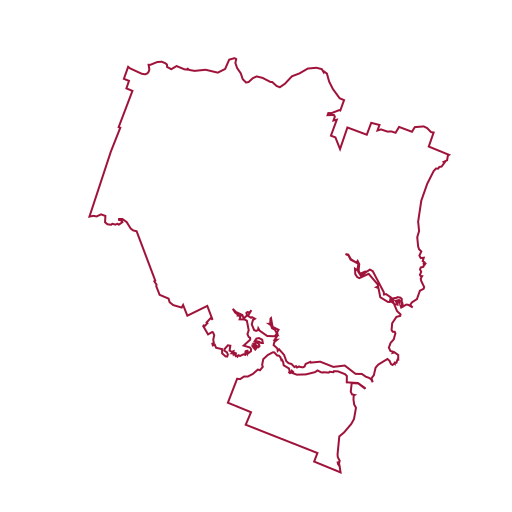 outline of Devonport, Tasmania, Australia, rotated 101°
{"feature_id": "25037944B44278737612916", "entity_name": "Devonport", "entity_type": "district", "adm_level": 2, "iso_a3": "AUS", "parent_name": "Australia", "parent_adm1": "Tasmania", "projection": "robinson", "projection_center": [146.333, -41.213], "detail": "fine", "context": "isolated", "style": "outline", "palette": "rose", "viewbox_px": 512, "rotation_deg": 101, "n_neighbors": 0, "source": "geoboundaries", "source_scale": "gbopen_adm2", "svg_char_len": 6065}
<svg xmlns="http://www.w3.org/2000/svg" viewBox="0 0 512 512"><g transform="rotate(101 256 256)"><path d="M86.2,199.3L85.2,204.0L77.4,212.4L70.8,217.5L63.4,221.2L62.0,224.2L62.9,224.5L60.0,227.1L59.7,232.6L62.1,240.9L68.5,248.2L72.7,255.0L81.4,260.5L85.8,264.8L85.2,268.2L82.1,273.3L82.4,275.0L79.9,283.6L79.6,289.6L82.0,293.0L86.7,296.5L87.6,298.9L84.9,302.8L79.6,305.8L75.1,310.4L70.4,313.1L66.5,313.0L65.9,314.8L68.4,319.8L78.3,322.0L83.3,328.5L82.8,341.0L86.0,351.6L86.1,356.9L85.2,358.8L85.9,359.4L86.1,358.0L86.4,362.0L84.7,370.2L88.8,374.8L87.4,379.3L85.0,380.0L84.0,382.0L83.3,385.7L84.4,389.9L88.5,396.2L88.8,397.9L93.1,396.3L95.5,396.5L97.5,397.5L98.8,399.5L98.9,403.0L95.8,415.6L94.7,417.6L107.3,419.5L108.3,414.1L116.2,415.2L117.5,408.8L155.7,415.4L156.0,413.7L181.2,418.4L249.1,427.0L247.6,423.3L247.6,420.1L244.7,416.0L245.4,411.5L251.7,410.6L253.2,407.9L253.0,404.2L251.8,403.2L252.0,400.0L250.8,398.1L251.4,396.6L248.3,393.6L247.0,394.5L246.7,397.4L245.8,397.5L245.2,394.2L247.3,389.5L252.9,384.3L254.3,381.6L254.5,377.9L299.4,350.2L300.2,351.0L303.1,348.2L304.8,348.1L312.5,343.2L314.5,333.7L317.8,332.0L320.0,327.9L320.8,319.1L318.0,318.2L327.7,312.0L314.3,294.3L326.9,286.5L325.4,288.5L330.6,291.8L331.2,290.9L334.9,293.2L334.2,294.0L334.9,294.4L342.1,288.1L339.0,284.5L339.2,283.6L341.7,281.9L346.4,282.0L349.4,280.8L350.4,282.1L352.0,281.3L351.0,279.5L353.7,277.7L353.9,271.5L358.0,270.7L360.4,266.7L360.2,265.1L358.3,264.8L356.2,266.0L354.9,269.0L353.3,269.1L349.0,266.5L349.2,264.2L348.0,264.1L353.9,263.9L354.7,261.5L353.7,259.9L355.1,259.9L355.5,256.2L355.3,260.3L356.1,261.0L355.9,259.6L356.7,259.3L355.9,258.9L356.8,258.0L356.2,257.8L358.1,256.6L357.5,255.7L358.3,255.0L356.7,254.0L357.2,252.6L354.9,249.6L355.1,247.9L352.8,248.0L353.7,246.7L351.3,247.7L350.6,246.3L353.0,245.1L350.5,242.8L348.4,243.0L347.0,244.4L346.3,251.0L339.2,245.7L337.4,246.2L336.9,247.7L334.3,249.5L330.3,249.0L321.3,252.6L320.5,255.2L321.3,260.0L317.9,259.7L318.0,262.6L317.1,262.4L315.5,265.7L312.3,268.7L314.8,265.0L316.5,258.1L318.7,256.8L318.6,255.3L315.9,253.4L313.8,254.6L312.7,253.8L312.6,251.5L310.1,250.2L316.3,252.5L317.6,249.1L316.8,248.3L317.8,245.1L319.4,246.8L323.9,247.1L329.1,243.7L329.5,241.6L328.3,239.9L326.6,239.9L328.6,238.2L332.4,229.7L331.2,222.3L328.9,221.1L329.1,219.9L324.7,223.4L323.9,226.4L321.1,228.1L320.1,230.4L319.8,229.1L314.7,229.8L314.1,229.4L322.4,226.2L324.1,219.8L326.6,220.7L329.8,219.6L334.8,221.8L334.2,219.3L337.0,221.6L340.1,221.7L342.7,217.4L344.9,216.6L343.2,215.5L347.7,209.6L353.4,206.2L355.0,203.6L355.2,200.6L357.7,197.0L356.5,195.7L357.6,194.5L356.3,192.7L357.0,191.9L356.4,192.2L356.4,188.8L355.2,187.2L352.5,186.7L349.5,182.4L350.2,181.9L347.5,172.8L350.1,158.9L346.6,148.0L352.7,135.8L351.6,129.6L353.6,125.0L354.0,122.0L355.0,119.5L357.6,117.4L353.9,119.3L350.6,117.6L342.8,117.3L339.2,115.2L332.0,107.3L333.5,104.8L336.3,102.9L336.9,101.2L335.1,99.7L335.4,99.2L334.1,99.4L334.0,97.8L330.6,97.3L330.6,96.6L326.0,97.5L324.2,101.6L325.0,103.3L323.8,103.0L323.6,105.9L320.6,108.1L315.6,107.3L311.6,104.9L305.3,104.4L303.9,105.4L304.3,107.3L302.8,108.8L296.0,109.5L288.9,106.5L287.3,103.0L285.7,103.0L283.2,107.0L273.9,113.2L273.0,115.3L275.0,114.3L274.2,115.9L275.6,115.9L275.9,117.8L272.8,126.1L264.1,129.7L263.7,131.9L262.6,130.4L260.9,130.8L252.0,142.0L258.0,150.3L257.4,152.6L254.8,155.1L249.6,156.4L250.7,153.8L244.1,154.0L241.5,162.5L237.9,165.2L237.0,168.5L237.0,165.7L241.1,162.2L242.9,157.3L242.6,155.7L241.5,155.3L244.3,153.1L250.5,152.5L253.0,151.1L253.0,149.6L251.5,147.4L252.7,147.7L252.7,146.5L251.1,145.2L250.9,146.7L250.0,144.0L247.6,141.6L248.6,138.5L267.1,123.7L269.4,123.0L268.6,121.0L272.2,112.8L271.0,112.4L270.1,109.4L270.2,110.3L269.4,109.2L269.3,106.5L270.2,104.8L275.3,103.7L274.7,103.2L275.9,102.7L277.8,102.7L277.4,104.5L278.9,103.6L275.0,99.2L274.9,97.2L276.6,92.4L274.8,95.4L271.8,94.1L267.6,89.8L258.8,88.5L256.2,85.2L254.4,85.0L248.9,89.1L246.8,90.0L244.1,89.1L244.2,90.6L243.2,91.5L240.0,90.8L237.9,92.4L235.8,92.1L234.7,89.6L232.1,89.6L232.4,88.8L231.2,88.3L231.0,89.8L230.1,89.4L229.2,91.4L225.7,91.0L226.6,93.9L224.4,95.7L220.0,94.6L218.3,97.2L215.6,98.7L206.8,101.3L200.3,100.7L191.3,103.4L170.1,104.3L152.4,101.7L138.7,97.8L135.8,96.0L135.5,93.9L133.6,93.0L132.8,90.9L128.2,88.7L127.8,89.7L125.6,86.7L121.0,86.8L119.9,85.8L115.6,107.3L100.9,105.2L101.0,107.8L97.8,112.4L96.8,116.1L99.2,124.7L104.3,126.6L102.0,140.2L108.4,142.5L107.9,146.9L108.8,150.6L107.9,157.4L109.6,160.7L103.8,159.8L103.3,168.3L115.8,170.4L112.4,190.8L135.0,193.9L124.4,200.7L123.6,205.4L106.8,202.7L108.2,205.8L104.2,205.2L102.7,206.4L104.1,212.6L101.9,212.3L101.2,208.9L96.9,202.1L97.1,201.0L86.2,199.3ZM452.3,131.7L445.3,134.2L444.9,134.5L445.3,135.0L444.8,135.6L442.2,136.8L445.1,134.9L441.0,134.8L437.9,137.3L435.2,138.1L417.2,139.8L412.4,135.9L402.6,130.4L397.3,128.7L385.9,128.9L383.0,131.3L378.4,132.9L374.3,133.5L373.6,132.7L373.5,135.4L371.1,137.1L362.5,137.8L361.6,131.4L365.5,123.4L364.8,123.9L361.2,131.7L362.7,142.8L356.5,143.9L355.0,146.1L353.6,153.5L354.2,157.5L355.3,157.8L355.6,161.6L356.6,162.4L357.3,168.2L357.5,167.3L357.8,169.7L356.6,173.8L358.7,175.8L362.7,184.4L364.7,193.3L364.0,197.6L362.7,197.4L361.8,198.9L363.9,199.3L364.5,200.4L363.9,201.3L362.9,200.8L360.1,202.2L358.0,208.0L354.9,209.1L352.9,210.7L353.4,211.2L350.6,212.8L349.4,214.6L349.7,216.1L347.1,219.8L347.4,221.2L350.9,225.5L355.9,229.2L361.7,229.2L363.5,228.2L367.4,230.3L367.1,232.5L372.4,236.6L375.9,241.1L376.6,244.8L379.9,248.1L380.1,251.1L405.4,255.6L410.3,231.1L423.6,233.9L437.7,158.1L446.7,159.7L452.3,131.7ZM339.5,236.7L340.4,234.4L340.1,232.7L337.0,233.9L336.0,237.5L337.0,239.8L339.7,241.0L339.5,236.7ZM340.9,238.6L342.3,241.5L345.0,236.1L343.7,235.4L341.5,236.7L340.9,238.6ZM271.9,107.1L273.4,110.4L274.2,109.3L276.6,109.1L276.8,107.8L274.2,108.2L273.5,107.2L274.4,106.2L272.4,106.3L271.9,107.1ZM344.3,242.5L345.1,242.4L348.0,238.9L346.0,237.8L344.1,241.3L344.3,242.5ZM253.2,151.4L255.4,149.3L253.4,147.4L252.6,148.1L253.3,150.1L253.2,151.4Z" fill="none" stroke="#9f1239" stroke-width="2"/></g></svg>